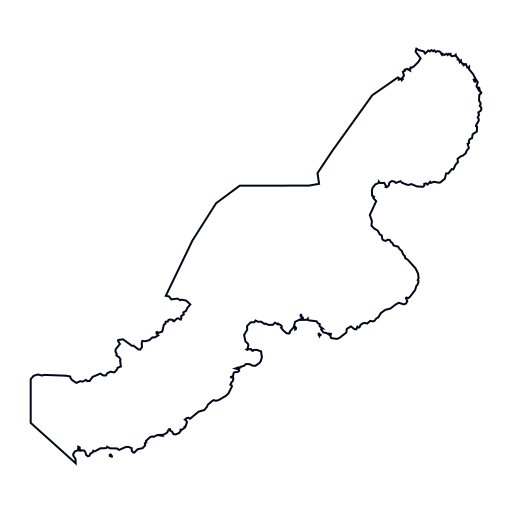 Pomio District, East New Britain, Papua New Guinea (Mercator projection)
{"feature_id": "67681753B79338306732955", "entity_name": "Pomio District", "entity_type": "district", "adm_level": 2, "iso_a3": "PNG", "parent_name": "Papua New Guinea", "parent_adm1": "East New Britain", "projection": "mercator", "projection_center": [151.576, -5.258], "detail": "fine", "context": "isolated", "style": "outline", "palette": "ink", "viewbox_px": 512, "rotation_deg": 0, "n_neighbors": 0, "source": "geoboundaries", "source_scale": "gbopen_adm2", "svg_char_len": 5997}
<svg xmlns="http://www.w3.org/2000/svg" viewBox="0 0 512 512"><path d="M309.0,185.6L239.7,185.7L216.1,203.2L192.4,240.6L165.8,295.8L169.0,296.4L171.3,299.4L177.5,298.6L180.2,300.2L181.6,299.7L186.2,300.6L190.3,304.4L187.3,308.0L186.0,310.9L183.3,312.4L183.8,314.5L181.2,316.0L181.3,318.4L180.7,319.6L178.2,318.3L176.6,318.8L174.1,321.3L173.3,321.1L172.8,320.0L169.8,319.5L168.5,320.0L167.7,321.6L165.7,321.7L165.4,323.6L163.9,324.6L162.2,331.6L158.4,332.9L157.2,332.0L156.5,332.2L156.6,333.6L158.3,335.4L154.7,337.4L152.4,337.4L149.3,340.2L145.4,341.2L142.3,341.0L141.7,343.0L142.0,347.1L140.2,349.6L138.6,349.5L133.5,345.7L131.9,345.8L123.0,339.3L118.3,340.0L118.0,340.8L119.9,344.0L115.7,349.3L115.5,351.8L116.7,353.8L116.4,355.5L119.3,357.4L120.6,359.7L120.1,360.7L120.9,366.5L117.5,367.8L117.2,369.2L114.8,372.0L113.9,372.4L110.8,371.7L109.3,372.2L107.3,373.3L105.8,375.5L103.0,375.4L100.4,373.6L92.6,376.9L89.6,381.0L87.2,381.1L86.0,379.9L82.7,381.6L80.2,381.2L76.4,382.9L72.3,380.2L70.7,378.4L70.2,376.5L65.8,375.7L44.2,374.9L42.0,375.5L37.8,374.5L33.5,375.9L30.7,379.2L30.7,422.9L75.7,463.3L75.5,459.0L73.6,456.2L73.1,454.3L74.9,451.4L78.1,450.2L78.3,446.7L79.6,447.4L78.7,448.9L79.1,450.5L80.3,450.7L79.9,448.9L80.9,450.4L84.1,450.5L85.3,452.0L86.2,455.0L88.0,456.3L89.5,455.7L90.3,453.7L92.8,452.1L93.3,450.8L94.1,451.4L95.7,450.9L100.4,448.3L105.7,448.2L107.1,447.5L107.2,446.8L110.0,448.3L117.0,448.5L119.1,449.9L126.1,446.9L128.7,447.0L131.6,448.1L131.8,450.8L133.1,452.4L134.2,452.7L137.5,449.3L142.7,448.1L145.2,445.3L144.8,443.6L145.5,442.5L146.3,442.4L146.0,440.8L150.2,437.1L152.2,436.4L153.5,436.9L157.4,435.0L161.5,435.7L160.6,434.9L163.4,434.8L166.2,433.2L167.3,432.4L168.0,430.5L169.5,430.3L169.3,429.2L170.0,429.2L170.0,430.3L172.2,431.8L173.5,434.1L175.7,434.4L179.1,433.0L180.8,430.7L180.3,429.0L181.1,430.0L181.8,429.8L185.0,427.5L184.6,426.8L185.6,426.1L187.0,422.2L186.0,420.2L184.9,419.6L186.3,418.3L188.5,417.7L190.0,418.8L198.5,411.7L204.3,410.0L206.9,406.9L207.8,404.7L211.7,401.4L213.7,400.1L215.9,400.8L218.6,400.1L226.2,395.6L228.4,393.5L231.9,386.5L231.8,385.6L230.4,384.7L231.5,382.3L232.7,381.1L233.4,378.6L232.9,377.5L230.2,377.3L233.1,376.1L233.5,373.3L234.2,372.4L238.0,371.8L239.2,370.8L238.7,368.5L237.3,369.1L235.3,368.5L238.9,367.3L240.0,367.7L240.8,366.8L244.0,365.8L246.0,364.0L249.8,364.2L252.3,365.6L255.5,365.8L259.5,362.9L260.8,361.0L261.9,357.2L261.0,351.4L256.9,349.9L253.5,350.0L252.8,350.9L251.7,350.4L251.2,349.1L248.2,349.2L247.5,349.9L246.6,349.5L247.5,348.9L248.4,345.4L247.9,343.7L245.4,341.3L244.1,335.0L247.2,329.7L247.0,326.1L250.6,322.4L254.4,322.2L255.5,320.5L258.1,321.8L261.3,321.7L264.4,324.0L265.4,323.5L268.5,324.9L272.9,324.8L274.9,322.7L278.7,324.8L277.1,323.1L281.4,325.6L281.8,327.2L281.1,327.7L283.6,330.8L286.6,333.2L289.0,333.6L289.9,332.8L289.7,331.7L293.6,327.4L295.1,321.8L302.5,318.3L300.6,316.1L300.5,315.3L301.4,314.1L301.1,315.9L302.9,317.7L302.9,318.7L301.7,319.9L306.8,319.8L307.7,318.8L307.7,319.8L309.1,320.4L316.6,321.3L317.7,323.1L319.8,324.2L319.6,326.2L322.6,328.5L321.5,328.5L321.1,329.4L323.3,332.4L326.3,333.0L329.5,334.9L330.0,334.7L329.5,333.7L330.9,333.9L330.4,336.2L331.2,338.1L337.0,338.9L339.4,337.9L346.3,332.6L346.8,328.9L350.9,326.4L354.4,329.1L356.3,329.3L357.4,326.7L358.7,327.6L359.5,327.2L360.5,324.9L362.9,323.3L364.8,322.9L367.2,323.5L370.2,320.9L373.0,321.4L374.4,320.9L376.2,318.6L378.3,317.3L380.9,313.0L385.4,309.8L390.3,308.6L395.8,304.4L398.9,302.8L403.9,304.4L406.0,303.5L407.3,301.1L405.9,298.1L406.3,297.6L408.4,298.1L409.8,297.0L415.1,290.1L416.4,285.8L417.4,284.9L418.4,282.2L418.4,280.8L417.7,280.1L418.6,278.4L418.1,273.7L415.5,268.3L407.8,259.8L405.1,258.0L405.0,256.3L403.1,254.3L401.8,251.0L399.2,248.6L398.2,246.7L393.6,245.5L392.3,242.9L391.0,242.1L389.7,240.0L387.9,239.7L385.6,240.9L383.2,240.1L382.2,238.8L381.8,235.5L379.8,234.4L377.8,230.7L374.2,228.5L371.5,225.8L371.9,221.0L369.8,215.0L376.2,201.2L373.2,197.9L374.0,196.7L372.1,195.7L371.9,190.3L372.6,187.8L375.3,184.4L378.9,182.8L378.9,181.7L380.0,183.0L384.2,182.9L385.8,185.6L385.6,187.0L386.7,187.2L388.8,185.4L389.4,182.6L391.9,181.0L394.5,181.7L395.9,182.9L400.5,181.2L402.0,182.7L406.6,184.6L408.6,184.9L411.5,184.1L416.8,186.4L423.0,186.8L424.3,185.6L424.3,183.8L426.2,183.4L427.6,184.6L430.2,181.8L430.9,182.9L433.9,181.8L439.0,182.7L440.4,182.4L444.8,178.7L446.2,173.4L448.4,173.4L451.7,169.1L453.2,169.4L453.7,168.7L455.7,164.5L457.9,162.2L457.6,158.7L461.2,156.1L462.9,155.6L465.9,153.0L466.3,151.3L468.9,147.9L467.6,143.8L469.1,143.0L468.8,141.0L469.7,139.2L472.0,138.2L472.7,134.2L476.8,131.6L477.1,126.8L476.1,126.3L476.0,125.4L478.7,120.7L478.7,118.9L477.7,117.4L479.0,115.0L478.3,112.4L480.5,110.9L481.3,109.4L481.3,107.6L479.7,105.9L480.7,104.1L480.4,102.8L479.0,100.5L479.3,95.0L481.3,92.9L481.1,92.2L479.4,91.1L476.5,86.2L477.8,82.2L475.9,79.4L474.8,79.8L475.0,81.6L474.4,81.3L473.7,79.7L475.4,78.7L473.2,74.3L469.1,69.3L469.1,66.9L468.2,67.9L467.3,67.6L465.9,64.1L464.3,64.9L464.5,64.2L463.9,63.9L463.2,64.7L461.4,62.5L460.9,60.5L459.7,62.0L459.2,60.1L457.8,59.5L458.3,58.8L456.0,56.1L455.7,54.7L454.7,55.7L452.0,56.3L450.7,55.4L450.6,53.9L449.6,54.3L448.9,53.8L447.7,55.0L446.6,53.7L444.3,55.0L443.0,54.0L442.1,55.0L441.3,54.0L441.6,53.3L439.6,51.5L437.4,51.1L435.8,52.0L434.4,50.4L433.2,51.2L431.5,50.1L430.0,51.4L428.4,50.5L425.1,53.5L423.8,51.4L418.7,50.1L416.4,48.7L415.6,51.7L420.6,58.3L418.3,62.0L414.2,66.1L412.4,67.4L410.6,67.5L410.6,68.7L409.3,69.1L409.8,70.4L407.0,68.9L404.7,69.7L405.0,70.6L402.9,71.8L404.0,75.6L402.3,78.0L402.8,79.2L401.7,80.2L401.2,78.6L398.8,79.6L398.7,77.8L397.9,77.4L372.2,95.3L332.3,150.9L317.5,173.1L319.1,183.8L309.0,185.6ZM111.8,456.7L112.0,456.2L110.6,454.5L109.8,454.8L109.8,455.9L111.8,456.7ZM319.2,334.1L318.7,332.9L318.6,334.5L319.4,336.0L319.7,335.0L321.4,335.2L319.2,334.1ZM296.0,328.9L295.9,327.6L295.1,326.7L295.2,329.5L296.0,328.9ZM479.5,89.1L479.2,87.8L478.5,87.6L478.4,88.1L479.5,89.1Z" fill="none" stroke="#020617" stroke-width="2"/></svg>